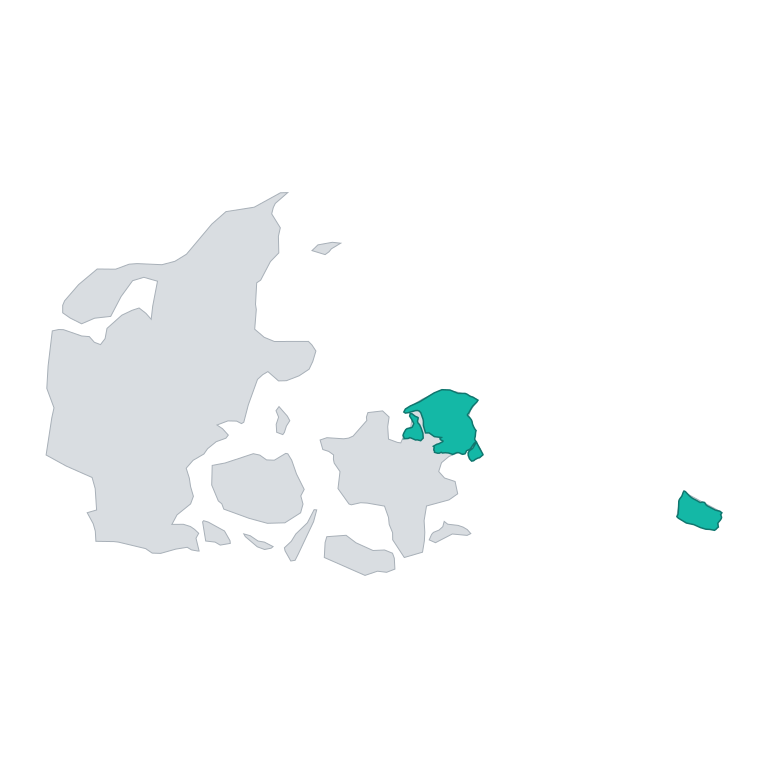 Hovedstaden highlighted on a map of Denmark
{"feature_id": "DNK-3419", "entity_name": "Hovedstaden", "entity_type": "Region", "adm_level": 1, "iso_a3": "DNK", "parent_name": "Denmark", "parent_adm1": "", "projection": "natural_earth1", "projection_center": [12.898, 55.56], "detail": "fine", "context": "in_parent", "style": "filled", "palette": "teal", "viewbox_px": 768, "rotation_deg": 0, "n_neighbors": 0, "source": "natural_earth", "source_scale": "10m", "svg_char_len": 6108}
<svg xmlns="http://www.w3.org/2000/svg" viewBox="0 0 768 768"><path d="M199.1,551.0L197.7,551.0L191.5,549.9L187.2,547.3L175.8,549.1L160.6,553.4L152.2,553.1L145.6,548.6L118.4,542.1L114.0,541.6L96.0,541.3L95.9,541.3L95.3,531.1L93.2,523.7L87.2,512.7L96.6,510.0L95.2,488.6L92.1,477.5L66.3,466.1L46.1,455.0L51.8,417.8L54.0,407.8L46.8,388.4L48.1,366.0L52.3,330.9L58.8,329.5L63.6,329.7L81.7,336.0L89.3,336.6L94.4,342.3L100.5,344.6L105.1,338.6L107.0,328.4L121.8,315.2L132.1,310.3L139.1,308.0L145.9,313.3L151.2,319.3L152.7,306.2L157.5,281.2L143.8,277.3L132.6,280.7L121.1,296.5L110.7,316.4L94.6,318.2L81.6,323.8L70.1,318.0L62.7,312.8L62.7,305.3L64.6,300.8L78.6,284.6L97.2,269.0L115.6,269.2L129.1,264.2L137.1,263.6L162.0,264.7L174.9,261.3L186.5,254.2L211.8,224.1L226.0,211.6L254.2,207.2L280.4,192.8L287.7,192.6L275.3,203.4L273.3,207.5L271.7,213.9L280.3,227.8L278.4,236.3L278.8,252.9L270.4,261.6L260.7,280.1L256.7,282.8L255.5,304.4L256.3,309.5L254.7,329.2L264.2,337.3L274.4,341.5L308.4,341.4L311.9,344.9L315.9,351.0L312.8,361.4L309.1,369.2L299.1,375.8L286.4,380.7L278.5,380.9L267.9,371.6L262.8,374.6L257.5,379.4L248.3,404.9L243.8,422.2L241.5,423.6L236.6,421.1L227.9,420.9L217.0,425.0L222.5,428.7L228.3,435.1L225.9,438.2L216.2,441.7L207.6,448.7L203.9,454.0L193.1,460.3L186.2,468.2L189.3,478.1L190.6,486.7L193.4,496.3L190.6,503.9L177.0,514.9L171.9,524.4L183.4,524.3L190.4,526.5L194.5,529.3L198.7,533.3L196.0,538.2L199.1,551.0ZM472.9,432.1L473.1,444.5L470.6,448.1L466.9,450.5L457.3,453.0L448.9,456.5L441.5,462.7L438.7,471.5L444.5,478.0L455.1,481.5L457.7,493.8L449.0,499.9L426.5,506.0L424.1,520.6L424.8,532.2L424.4,540.6L422.5,552.2L404.3,557.5L392.7,539.8L392.6,532.7L389.2,524.4L388.5,517.4L384.5,506.1L367.3,503.1L360.7,502.7L351.3,504.8L349.0,504.0L338.0,488.6L340.0,471.6L334.2,463.1L333.4,459.2L333.6,454.9L328.7,451.4L322.8,449.5L320.1,440.0L326.9,437.7L343.7,438.8L348.6,438.1L353.1,436.1L366.8,420.5L366.4,417.1L367.9,412.6L382.6,410.9L389.1,417.0L387.7,426.6L388.5,439.1L397.4,442.4L400.8,442.9L404.6,433.8L407.2,429.3L410.8,426.8L412.0,418.5L409.9,413.3L405.5,409.5L422.2,399.2L439.4,391.0L449.4,390.6L459.5,392.6L468.8,395.3L473.9,397.7L476.7,401.5L470.4,410.7L468.7,415.7L472.9,432.1ZM287.8,453.8L291.7,460.2L296.5,474.0L304.2,489.4L300.8,495.9L303.0,504.1L300.6,512.8L284.9,522.8L267.4,523.3L249.3,518.4L223.8,509.1L221.8,503.8L218.3,500.9L211.7,485.0L212.2,465.4L225.1,463.0L253.3,453.7L259.8,455.1L266.5,459.9L274.3,460.2L285.7,453.4L287.8,453.8ZM356.0,542.8L373.0,550.5L384.6,550.0L392.5,553.2L394.3,558.2L394.9,569.1L386.6,572.3L377.5,571.2L365.0,575.4L324.3,557.5L325.1,542.5L326.8,536.7L346.1,535.3L356.0,542.8ZM715.9,526.6L712.4,528.7L696.4,525.2L676.9,516.6L679.6,499.8L684.5,492.5L720.1,511.4L720.6,518.5L715.9,526.6ZM295.1,560.3L290.8,561.0L285.1,550.9L284.4,547.8L291.3,541.3L295.8,534.0L307.4,522.8L314.1,509.7L316.7,509.9L313.6,521.6L298.2,554.2L295.1,560.3ZM230.3,543.4L220.2,545.1L215.1,542.1L205.7,541.0L202.6,521.9L203.6,520.7L208.3,522.1L224.5,531.0L230.0,540.7L230.3,543.4ZM470.8,533.6L467.1,535.4L452.3,534.0L435.5,542.7L429.2,539.9L431.6,534.4L433.4,532.4L439.0,530.1L442.8,526.7L444.2,521.4L447.7,524.2L458.1,525.4L463.1,527.1L467.3,529.6L470.8,533.6ZM284.4,432.4L282.8,434.6L276.7,432.3L276.2,424.3L278.6,417.1L276.0,410.7L279.0,406.6L287.4,416.2L289.8,420.7L286.4,426.1L284.4,432.4ZM329.0,251.8L325.1,254.6L312.0,250.6L317.9,244.9L332.3,242.3L340.7,243.2L331.4,248.8L329.0,251.8ZM271.1,548.2L264.6,549.5L257.3,546.8L245.3,536.6L243.8,533.9L250.2,535.7L258.0,541.0L264.4,542.1L273.1,546.6L271.1,548.2ZM482.1,455.4L473.1,460.7L471.1,460.4L468.2,453.2L472.9,448.8L475.8,445.1L477.8,445.2L480.5,449.2L482.1,455.4Z" fill="#d9dde1" stroke="#a8b0b8" stroke-width="1"/><path d="M425.5,432.9L423.4,425.6L423.4,421.2L423.1,419.4L420.8,412.8L419.3,411.1L417.6,410.5L415.5,410.6L408.2,412.7L405.4,413.1L403.8,412.0L405.4,409.0L410.4,405.9L419.6,401.8L434.3,392.8L441.9,389.7L449.9,390.0L458.2,393.4L465.0,393.4L466.9,394.1L470.2,396.3L473.0,397.2L478.0,400.2L476.7,402.2L472.8,406.0L471.4,408.1L468.7,413.0L467.5,414.5L467.5,415.4L470.2,418.2L471.5,420.1L472.1,421.7L472.5,424.0L473.6,426.7L474.9,429.1L476.1,430.6L475.7,431.8L475.5,433.5L475.3,436.1L474.8,438.2L474.7,439.0L474.8,439.6L475.2,440.3L476.1,441.6L474.0,443.5L470.2,449.0L466.5,450.8L465.9,452.3L465.0,453.8L462.8,454.3L461.3,453.9L460.1,453.2L458.9,452.7L456.9,452.6L452.7,454.4L448.6,453.0L445.2,452.7L442.4,453.0L441.2,452.3L439.3,453.2L437.5,453.2L434.5,452.3L434.4,450.8L433.9,450.3L433.8,449.6L433.9,448.7L434.0,448.2L434.2,447.9L434.2,447.6L434.1,447.3L434.1,447.1L433.3,446.3L436.7,444.3L438.9,443.7L442.7,441.7L443.0,441.1L442.8,440.8L440.9,440.0L440.6,439.7L440.3,439.4L440.1,439.1L440.0,438.5L441.3,437.5L434.3,436.6L432.8,435.5L429.1,432.9L425.5,432.9L425.5,432.9ZM721.9,512.8L721.5,513.4L721.3,513.8L721.1,514.2L720.6,514.5L721.3,516.3L721.6,517.4L721.3,518.5L720.4,520.0L718.3,522.5L717.7,523.8L718.1,524.8L718.1,525.6L718.4,527.0L716.9,528.3L715.9,529.4L714.5,530.3L709.8,529.4L705.8,529.2L700.5,527.6L693.8,524.6L686.3,523.0L678.4,518.2L676.9,516.7L678.1,514.1L678.5,508.9L678.8,501.3L679.1,500.1L679.9,498.7L681.8,496.2L682.5,494.4L683.2,492.3L684.0,491.0L685.4,491.6L689.3,495.8L690.6,496.9L692.8,498.5L696.5,500.4L700.1,502.5L702.8,502.1L704.6,502.5L706.2,505.0L707.3,505.9L708.5,506.5L715.4,510.1L720.0,511.3L721.9,512.8ZM404.2,438.7L404.3,438.6L404.1,437.7L403.2,436.1L403.0,435.7L403.3,434.3L404.1,432.5L405.7,429.7L407.1,428.6L410.5,427.9L412.2,427.2L413.8,423.7L411.9,419.7L409.6,416.0L410.3,413.7L412.0,413.8L415.4,416.4L417.2,417.1L418.1,417.6L418.1,418.8L417.7,420.2L417.5,421.2L417.9,422.8L418.3,423.3L418.7,423.7L419.5,424.6L421.2,428.2L422.9,433.3L423.2,438.1L420.7,440.7L417.2,439.8L415.6,440.0L411.0,438.0L409.5,437.6L409.3,437.8L409.1,438.1L408.0,438.5L404.3,438.7L404.2,438.7ZM477.4,444.1L482.9,454.3L483.0,454.8L479.6,457.7L478.1,458.0L476.4,458.8L474.7,459.8L473.7,460.7L471.6,461.1L469.5,458.8L468.2,455.4L468.2,452.6L469.2,451.1L470.4,450.0L471.7,449.2L472.7,448.3L473.7,446.8L475.4,443.7L476.7,442.5L477.0,443.2L477.2,443.6L477.4,444.1Z" fill="#14b8a6" stroke="#0f766e" stroke-width="1.5"/></svg>